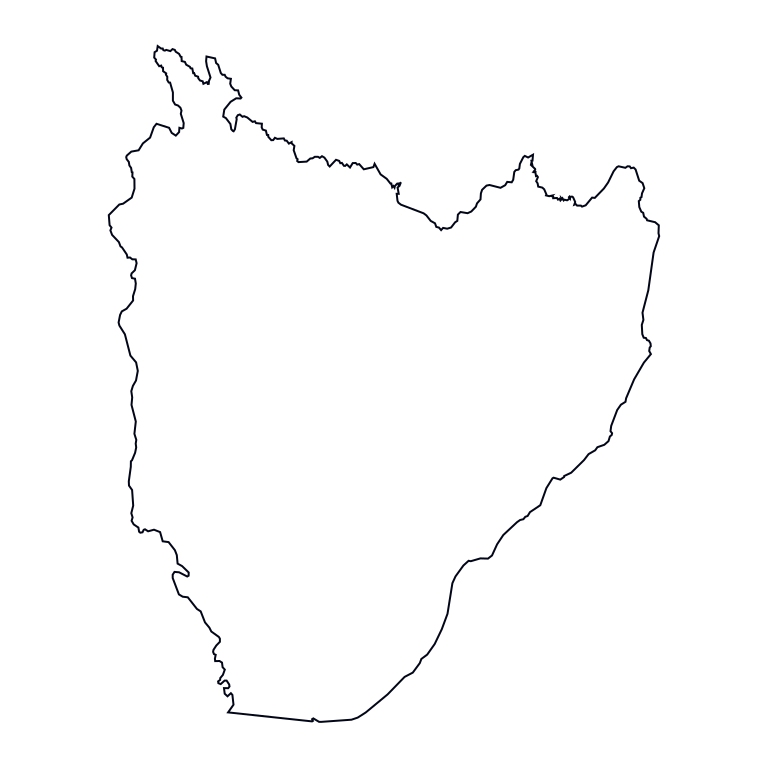 outline of Timor Tengah Selatan, Nusa Tenggara Timur, Indonesia
{"feature_id": "22746128B39495189442435", "entity_name": "Timor Tengah Selatan", "entity_type": "district", "adm_level": 2, "iso_a3": "IDN", "parent_name": "Indonesia", "parent_adm1": "Nusa Tenggara Timur", "projection": "equal_earth", "projection_center": [124.357, -9.823], "detail": "fine", "context": "isolated", "style": "outline", "palette": "ink", "viewbox_px": 768, "rotation_deg": 0, "n_neighbors": 0, "source": "geoboundaries", "source_scale": "gbopen_adm2", "svg_char_len": 6058}
<svg xmlns="http://www.w3.org/2000/svg" viewBox="0 0 768 768"><path d="M228.1,712.4L312.1,721.4L312.9,720.9L312.1,719.2L313.3,718.4L319.0,721.8L320.8,721.9L351.5,719.7L357.7,717.6L365.7,712.5L387.6,694.4L404.6,676.9L412.8,672.6L419.8,663.1L421.4,658.9L427.2,654.6L434.7,644.0L441.8,629.2L447.5,613.8L452.4,583.2L455.5,576.4L463.4,565.5L468.6,560.8L470.8,561.2L480.4,558.4L488.0,558.6L492.0,555.5L497.1,544.3L503.3,535.0L517.0,522.2L520.1,520.0L523.4,519.2L525.3,516.8L527.6,516.0L530.0,512.1L540.3,505.2L546.4,488.1L552.5,478.3L553.6,477.7L560.3,479.6L564.1,477.0L564.2,476.0L571.2,472.7L584.0,460.1L588.6,454.1L595.2,450.3L597.4,447.2L604.3,444.8L608.5,441.1L609.9,436.5L611.7,435.0L612.1,433.2L610.5,431.2L611.2,425.9L617.2,410.0L620.9,404.7L625.5,401.8L626.1,398.3L634.1,379.4L643.9,362.6L650.9,354.1L649.2,351.0L649.7,347.6L650.8,346.2L650.5,343.4L648.9,340.7L647.0,340.1L645.9,338.0L643.7,337.7L642.3,334.2L641.8,324.9L643.4,319.9L642.5,312.7L648.3,290.3L653.6,252.5L659.2,236.1L658.5,233.3L658.8,225.3L655.1,222.2L647.1,220.3L646.6,218.8L644.0,216.6L643.2,212.8L641.3,211.7L639.3,207.1L638.8,201.1L640.3,199.8L640.4,197.7L641.5,197.1L642.0,193.4L644.3,188.2L642.6,183.1L639.2,180.7L635.6,169.5L633.7,167.6L631.0,168.2L629.7,166.4L627.5,166.3L625.4,167.8L618.6,166.3L616.9,167.1L613.6,171.3L608.1,182.5L603.9,188.5L594.8,197.9L592.1,197.6L585.7,205.3L582.0,206.6L580.9,205.6L577.1,205.6L575.7,204.1L574.3,204.7L575.2,202.0L573.1,197.3L572.1,196.6L570.2,196.8L570.1,197.8L569.5,196.6L568.9,197.2L569.5,198.8L567.1,200.3L564.4,199.7L563.7,200.4L562.5,198.3L562.0,199.0L561.3,198.2L561.5,199.3L560.4,200.5L559.4,198.7L558.0,199.6L557.0,198.0L553.2,198.2L553.2,196.7L551.7,196.2L552.4,195.5L549.2,196.2L546.0,195.4L546.4,194.4L544.2,189.3L542.3,187.6L538.2,186.6L537.6,183.3L536.2,181.2L537.9,177.1L537.0,175.8L536.0,176.1L535.4,172.3L534.2,172.2L534.9,171.7L533.9,171.3L535.2,169.8L535.1,168.9L530.9,164.9L531.3,163.2L532.1,163.9L531.4,160.7L532.5,160.6L533.0,154.7L528.1,157.5L524.8,155.9L523.3,157.2L519.9,163.9L519.3,168.5L518.5,169.6L515.7,170.2L514.3,171.9L513.2,179.8L511.7,182.3L507.2,181.9L505.2,185.2L500.5,187.8L489.5,185.0L486.5,185.6L482.1,189.8L480.9,193.4L480.5,199.4L477.0,203.4L475.9,206.7L471.3,211.5L467.6,213.2L460.5,212.0L457.9,214.6L457.3,220.9L455.1,222.3L451.1,227.5L447.2,228.7L443.1,227.9L441.1,230.1L439.0,227.6L436.3,226.9L435.0,223.3L430.7,220.9L426.4,215.4L423.6,213.3L401.0,204.7L398.4,202.7L397.5,200.8L396.7,193.8L398.7,193.8L397.6,187.5L399.5,185.9L400.9,182.3L398.6,184.6L398.5,183.5L397.2,183.6L394.9,186.0L394.5,187.7L393.4,186.0L392.2,187.3L391.3,183.5L390.5,183.6L386.7,178.8L380.6,174.4L374.6,163.8L373.4,167.1L363.8,169.3L359.2,164.1L357.2,164.6L355.7,163.0L352.7,163.1L350.0,167.5L346.8,164.4L345.2,165.9L343.9,165.8L341.9,162.9L340.3,163.2L339.2,160.9L336.0,159.8L329.7,166.5L328.1,164.9L327.3,161.6L324.4,157.6L322.0,156.2L319.8,157.9L318.0,156.8L314.8,156.8L312.6,158.3L310.3,158.5L306.7,161.6L298.5,162.1L297.2,161.0L297.6,159.2L296.5,158.3L293.7,150.2L294.4,145.9L291.6,143.3L291.6,142.1L288.9,143.6L286.7,140.7L284.9,140.5L283.8,138.4L277.3,138.9L274.9,137.8L273.2,140.1L271.3,140.2L268.3,136.8L268.2,135.0L266.9,134.9L265.9,130.6L262.7,129.6L261.7,127.4L261.9,123.7L256.0,123.1L254.9,121.3L252.6,121.9L247.3,117.5L244.1,116.2L242.5,116.8L239.8,114.5L237.8,115.2L236.3,117.7L236.7,119.1L234.9,129.3L233.6,131.3L232.9,131.0L231.3,129.3L230.4,124.0L225.9,118.1L223.2,116.6L224.3,109.6L230.6,101.8L236.2,98.3L240.6,98.5L241.4,97.6L239.2,94.7L238.1,90.4L234.7,90.2L231.3,86.5L230.2,83.7L230.9,78.8L227.6,78.3L225.6,76.7L224.7,74.8L222.4,74.8L220.8,73.0L218.2,64.8L216.1,63.0L215.1,58.4L206.5,56.5L206.1,61.2L206.9,66.2L210.5,77.5L209.0,80.9L208.7,83.9L207.8,84.0L206.9,82.1L203.4,83.8L202.7,81.3L200.0,80.5L198.3,78.3L198.1,76.7L195.2,75.7L194.1,73.0L193.2,73.1L192.3,68.5L190.6,68.3L189.9,66.8L186.2,64.7L184.9,61.9L181.7,61.1L181.5,56.9L180.6,56.7L179.1,53.9L175.7,51.7L174.8,49.9L172.5,49.1L170.4,51.1L166.2,49.9L164.9,50.6L163.4,50.2L162.7,48.5L161.2,48.6L157.7,46.1L157.0,50.7L154.6,52.2L154.2,57.6L156.0,59.6L155.6,61.0L159.2,66.2L161.2,65.6L161.7,67.3L163.0,67.7L163.1,71.2L166.2,73.4L165.9,74.6L167.3,76.8L167.2,79.9L168.7,82.5L170.1,82.6L172.9,92.4L172.9,100.7L175.1,104.5L178.0,105.5L180.4,107.7L181.5,110.6L180.8,113.8L183.7,123.1L183.3,127.9L181.9,128.5L179.4,127.8L179.1,132.1L175.8,135.6L171.7,132.9L169.1,127.8L156.5,123.8L153.8,127.2L150.1,137.6L142.9,143.4L138.6,150.3L131.3,151.6L126.8,155.6L126.2,157.1L126.7,159.2L128.8,161.9L129.4,165.5L131.1,167.9L131.8,172.2L132.5,172.4L132.3,176.6L134.4,179.0L134.5,188.7L131.7,197.6L123.1,203.7L119.3,204.5L108.8,215.1L109.6,225.2L111.5,227.6L110.4,230.4L112.1,234.9L118.9,242.1L120.5,246.4L122.0,247.4L126.8,254.5L127.5,257.7L130.0,257.5L132.3,259.3L135.7,259.4L136.6,263.2L134.9,270.2L131.6,273.4L131.1,275.4L132.0,278.1L135.0,278.7L135.8,283.5L135.2,289.1L133.0,296.2L133.1,300.5L126.6,308.7L121.8,311.4L120.1,314.9L118.6,322.5L119.4,325.6L124.9,334.3L130.4,355.6L136.1,362.4L137.8,370.9L136.0,380.5L132.9,385.9L131.3,391.2L132.2,397.4L131.5,404.9L135.8,421.5L134.4,433.8L136.3,439.9L135.7,443.6L136.2,447.4L135.1,452.8L132.0,460.3L130.9,461.3L130.8,466.8L128.8,481.3L129.0,485.6L132.1,490.0L133.2,505.6L131.3,513.2L132.6,517.4L131.6,520.8L133.7,524.4L138.4,527.6L139.1,531.7L140.3,532.7L142.5,532.3L143.7,529.8L145.0,529.3L148.1,531.3L154.0,529.7L160.1,532.1L162.7,541.3L168.6,542.1L174.9,550.2L176.8,555.1L177.6,563.6L182.1,566.1L188.7,572.5L188.6,575.7L187.2,576.5L179.1,572.3L174.5,571.9L172.7,574.7L172.7,578.0L178.9,594.4L182.7,596.7L187.8,597.3L196.9,608.9L200.7,611.4L205.0,622.4L209.4,627.7L211.3,631.5L218.9,637.0L219.9,638.7L219.9,641.8L216.3,645.5L213.5,649.8L213.1,651.9L214.0,654.1L215.7,654.8L214.9,658.8L215.2,661.1L219.5,661.0L222.0,662.6L222.6,667.2L224.8,669.6L222.9,674.9L220.3,678.0L220.1,679.9L218.1,681.4L218.4,683.2L220.7,684.1L224.6,680.6L226.6,680.6L229.2,684.5L229.5,686.5L228.2,688.2L224.0,688.1L224.7,693.7L227.5,696.3L230.9,693.2L232.4,694.9L233.5,704.7L228.1,712.4Z" fill="none" stroke="#020617" stroke-width="2"/></svg>